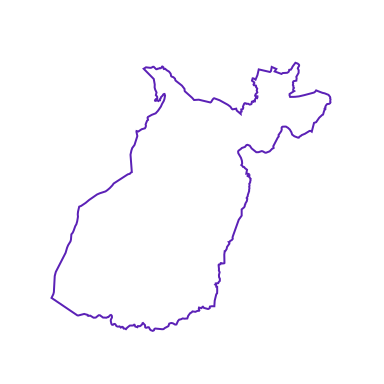 outline of Buon Don, Đắk Lắk, Vietnam, rotated 282°
{"feature_id": "81297802B42534502413482", "entity_name": "Buon Don", "entity_type": "district", "adm_level": 2, "iso_a3": "VNM", "parent_name": "Vietnam", "parent_adm1": "Đắk Lắk", "projection": "orthographic", "projection_center": [107.764, 12.878], "detail": "fine", "context": "isolated", "style": "outline", "palette": "violet", "viewbox_px": 384, "rotation_deg": 282, "n_neighbors": 0, "source": "geoboundaries", "source_scale": "gbopen_adm2", "svg_char_len": 6029}
<svg xmlns="http://www.w3.org/2000/svg" viewBox="0 0 384 384"><g transform="rotate(282 192 192)"><path d="M302.5,119.1L294.6,131.1L289.4,133.2L286.5,133.7L284.5,134.7L282.0,136.6L279.2,136.5L278.1,138.0L276.7,138.5L276.0,138.4L275.3,137.3L274.6,136.9L273.7,136.8L273.5,137.1L274.4,139.1L274.0,140.2L274.6,140.6L275.0,141.6L276.0,141.2L276.9,141.9L278.2,141.9L280.5,143.4L281.3,143.5L282.1,144.3L282.2,144.7L280.7,145.6L277.1,145.7L275.0,145.4L272.0,144.4L269.1,143.8L264.5,141.9L261.4,140.1L259.1,136.6L256.2,133.3L255.3,133.1L253.4,134.0L252.3,133.2L249.9,132.8L248.4,132.6L247.4,133.1L246.1,133.2L244.5,132.7L242.9,129.7L240.0,126.9L240.1,125.1L239.4,125.1L235.4,126.9L226.1,126.0L222.6,124.4L220.0,124.1L215.7,124.1L198.9,129.0L198.2,128.1L196.9,127.4L195.9,125.5L184.0,113.6L181.9,112.7L178.8,110.8L176.2,108.8L174.6,107.3L171.6,102.1L169.9,99.7L162.9,93.1L159.2,90.2L155.3,86.4L154.2,84.7L149.2,84.6L146.4,84.9L144.1,85.6L139.4,85.8L136.4,85.6L134.3,84.9L129.7,84.3L127.4,83.8L125.5,82.8L120.3,83.5L118.4,83.4L114.2,81.9L111.6,81.4L106.2,81.0L85.5,75.4L81.3,75.2L65.4,77.7L63.2,77.6L59.2,76.6L47.5,105.5L47.6,106.5L50.3,111.9L50.1,115.5L49.4,115.7L49.3,116.5L49.9,118.2L48.6,121.8L48.9,123.2L49.2,124.0L52.0,126.3L52.3,127.5L50.7,131.1L51.3,134.6L52.1,135.4L52.3,136.2L54.4,137.5L54.9,138.3L54.4,139.2L53.2,139.7L52.6,139.8L50.3,139.2L49.1,139.3L46.4,140.5L45.6,141.3L45.6,142.2L46.7,143.2L46.9,143.9L46.5,144.7L45.2,145.9L44.9,147.0L45.0,147.9L45.5,149.1L44.6,150.5L45.6,151.6L45.6,152.0L45.3,152.8L44.7,153.0L44.2,153.6L44.5,154.5L44.1,155.9L45.8,156.8L48.4,158.9L49.2,162.2L50.2,163.0L50.2,163.4L48.6,164.5L48.4,166.7L49.6,167.0L49.9,168.9L50.3,169.4L52.1,170.7L53.4,170.9L53.7,171.3L52.0,173.7L49.9,174.4L49.7,174.8L49.8,175.9L50.6,177.0L50.7,177.9L48.6,179.8L48.2,180.8L48.0,182.5L48.8,183.5L50.2,183.7L50.8,184.4L51.6,191.5L52.0,192.7L53.2,193.6L55.9,196.8L58.5,197.1L59.3,198.4L59.6,199.2L59.6,200.6L58.8,203.1L59.2,204.3L62.9,205.1L64.5,206.0L65.1,207.5L66.4,209.2L66.5,210.9L67.3,213.7L70.0,214.0L71.4,214.6L73.1,215.4L73.6,215.9L73.9,216.5L75.3,217.3L75.5,220.2L77.0,222.3L77.2,223.5L77.9,223.8L79.3,222.9L80.4,222.9L80.4,225.4L81.9,226.2L82.1,226.5L81.1,227.9L80.9,231.6L81.1,232.5L82.2,233.5L83.1,233.3L83.7,233.4L84.4,235.2L84.9,237.6L90.4,236.8L97.0,237.0L98.1,237.6L100.6,237.2L104.5,236.3L104.4,235.4L106.1,234.9L106.3,234.0L106.8,234.3L107.5,234.2L108.3,236.6L109.4,236.8L110.8,237.7L112.9,237.3L114.3,236.2L116.4,235.6L119.3,235.7L120.8,234.6L122.3,234.4L126.1,233.2L126.5,233.3L126.5,233.8L127.1,234.2L127.3,234.9L128.4,234.9L128.6,235.8L128.4,236.7L128.9,238.2L129.3,238.5L137.5,236.6L140.8,236.3L140.8,236.7L143.3,237.7L145.6,237.7L149.2,239.3L149.7,239.0L150.1,239.1L150.7,238.4L151.0,239.0L152.3,239.7L153.1,240.8L154.7,241.6L156.0,241.1L157.4,241.2L174.6,243.5L179.2,245.5L185.3,244.2L187.9,246.2L188.9,246.5L190.3,246.4L190.8,246.7L191.8,246.6L194.4,247.5L196.6,247.5L197.0,247.4L197.5,246.7L199.5,247.4L200.5,247.2L204.9,247.7L205.9,247.4L207.8,247.4L209.0,246.8L210.0,247.0L212.0,246.3L213.3,246.9L214.3,246.7L215.3,246.9L216.0,246.5L217.0,246.7L218.5,244.9L220.1,244.7L219.9,244.2L219.0,244.1L219.1,243.1L219.6,243.0L220.8,244.0L221.4,243.8L221.5,242.3L221.2,241.3L225.2,241.2L226.4,238.7L227.2,237.9L227.2,236.6L227.9,236.0L228.6,234.7L229.0,235.0L230.5,235.1L233.0,234.3L235.6,232.8L239.6,229.2L241.1,228.7L242.1,228.9L244.2,230.8L245.4,231.6L247.1,234.4L249.2,235.5L249.7,236.5L249.3,238.9L247.0,241.3L244.3,246.6L244.8,248.8L246.5,251.7L246.5,252.7L245.7,255.3L245.8,256.2L247.9,259.5L250.9,261.4L252.0,262.7L253.7,262.0L263.1,264.6L264.3,265.3L265.8,264.8L269.9,266.6L271.7,266.8L273.3,266.3L274.2,266.5L274.8,267.2L275.5,270.3L274.7,272.6L273.4,274.7L271.1,276.8L269.0,278.0L267.8,280.5L267.2,284.4L267.4,285.2L268.3,285.5L269.6,286.9L270.4,287.4L272.4,290.3L276.2,294.3L276.4,295.4L275.9,296.6L285.0,297.0L286.1,298.9L291.1,301.0L294.4,303.3L295.0,304.1L298.2,304.3L299.5,304.5L300.4,305.0L300.6,304.4L300.9,304.3L301.6,304.5L302.1,305.1L303.0,304.7L303.7,304.8L305.3,305.4L306.2,306.0L306.6,307.6L307.6,308.6L308.7,308.8L309.5,308.3L311.5,308.2L312.0,307.7L312.8,307.7L313.8,307.2L315.4,305.3L316.1,301.2L316.1,299.2L316.5,296.4L317.2,292.3L315.8,291.7L314.6,290.6L310.2,281.9L307.8,276.8L306.5,272.9L305.4,268.2L306.9,267.3L308.2,267.1L312.0,271.0L312.4,270.0L312.8,269.7L313.8,269.6L315.0,270.1L315.8,269.2L316.8,269.2L317.6,268.4L319.4,268.4L320.3,267.9L321.5,268.3L322.6,270.9L325.0,270.7L326.3,270.1L330.7,271.5L333.3,271.0L334.9,269.8L335.7,269.9L337.6,270.5L338.4,270.4L338.9,270.0L339.6,268.6L339.9,266.3L335.6,264.3L334.1,264.0L332.2,263.2L331.7,261.7L330.8,261.8L329.4,261.4L328.4,260.3L327.2,256.0L326.1,255.0L327.1,247.8L329.9,248.9L330.9,244.0L327.2,244.1L326.5,244.0L325.6,243.3L325.8,231.8L319.9,231.7L315.1,230.8L315.9,228.7L315.8,227.7L313.5,227.5L313.1,227.8L312.6,229.3L312.1,230.1L311.4,230.3L310.0,229.8L309.3,230.3L309.4,232.3L308.9,232.7L308.0,232.8L306.7,234.3L304.7,234.2L303.0,235.2L300.9,233.9L299.3,233.7L298.7,234.4L299.2,235.5L299.2,236.1L298.4,236.3L297.5,236.2L297.9,234.9L297.0,235.0L295.8,234.4L293.7,234.7L293.6,234.3L294.2,233.7L293.9,233.3L293.0,233.2L293.1,232.2L292.8,231.8L290.7,231.9L290.1,231.5L289.5,230.3L290.0,228.4L289.5,226.8L289.9,226.4L289.9,225.9L289.9,225.3L289.3,224.7L286.2,224.1L285.8,224.1L285.2,224.6L284.2,224.6L283.6,224.3L283.0,223.0L282.4,223.1L281.4,223.8L280.9,223.8L279.9,222.5L279.3,223.2L278.5,223.4L281.0,218.8L282.7,217.9L281.3,214.6L281.6,213.7L283.5,211.7L284.8,208.8L287.5,199.9L288.3,194.2L288.0,193.7L286.8,193.0L284.0,192.0L283.4,191.3L283.7,179.4L282.4,174.9L284.2,172.5L289.0,164.1L289.4,163.8L291.3,163.2L294.0,160.0L297.4,153.1L297.7,152.6L299.3,151.8L300.4,150.0L300.7,148.0L301.2,147.4L303.3,146.5L305.0,144.5L305.9,141.9L306.9,140.2L306.4,139.0L306.9,138.4L307.9,138.2L308.6,137.1L308.4,136.6L307.6,136.4L306.5,135.6L306.4,134.4L305.8,133.9L305.5,132.9L304.8,132.1L304.7,131.4L306.5,128.5L306.3,127.7L305.2,126.5L304.8,125.5L304.4,121.1L302.5,119.1Z" fill="none" stroke="#5b21b6" stroke-width="2"/></g></svg>